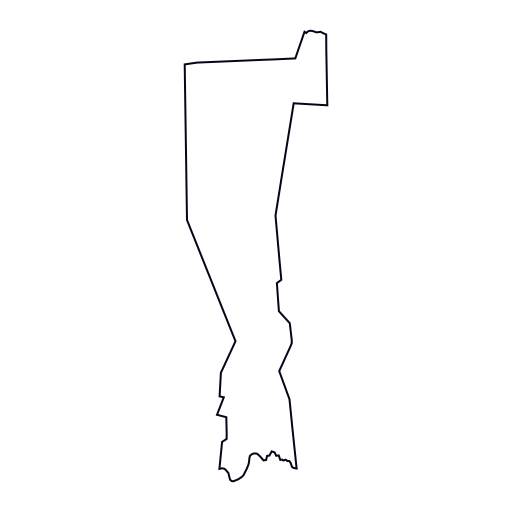 the district of Jurema, Piauí, Brazil
{"feature_id": "56859067B6948842006318", "entity_name": "Jurema", "entity_type": "district", "adm_level": 2, "iso_a3": "BRA", "parent_name": "Brazil", "parent_adm1": "Piauí", "projection": "natural_earth1", "projection_center": [-43.132, -9.058], "detail": "fine", "context": "isolated", "style": "outline", "palette": "ink", "viewbox_px": 512, "rotation_deg": 0, "n_neighbors": 0, "source": "geoboundaries", "source_scale": "gbopen_adm2", "svg_char_len": 1249}
<svg xmlns="http://www.w3.org/2000/svg" viewBox="0 0 512 512"><path d="M281.3,279.8L279.4,259.4L278.6,250.4L275.5,215.6L282.0,175.1L293.7,103.3L327.3,105.3L326.3,50.1L326.2,34.5L324.4,33.7L322.9,33.1L320.6,31.8L318.1,32.2L316.1,32.3L314.2,31.5L312.3,31.0L310.2,30.7L307.8,31.5L306.2,33.0L304.5,31.8L295.3,58.4L274.4,59.4L260.9,59.9L196.9,62.6L184.7,64.4L187.0,220.0L207.9,272.3L214.8,289.5L216.3,293.3L226.1,317.8L230.5,328.8L235.5,341.2L222.0,370.4L220.9,372.7L219.6,396.4L223.8,397.3L217.0,414.8L226.3,417.2L226.7,434.4L226.6,439.0L222.1,441.9L219.4,468.9L221.8,468.3L223.9,468.6L225.5,469.6L228.5,473.2L229.2,476.5L230.1,479.7L231.6,481.0L233.3,481.3L238.4,479.2L242.1,476.7L243.5,475.2L246.9,468.5L248.3,465.0L248.9,462.8L249.5,457.6L250.0,455.7L252.2,454.0L254.5,453.4L257.1,453.7L260.1,456.4L263.5,460.4L266.1,460.0L267.1,455.9L269.4,455.6L271.7,451.4L274.6,452.4L276.2,455.8L278.7,455.4L280.3,459.9L282.0,459.6L283.3,460.5L285.6,459.7L287.6,461.1L289.3,461.0L290.8,463.2L291.3,464.9L292.0,466.9L293.7,468.0L296.6,468.5L292.2,426.3L289.5,399.3L280.3,374.1L279.2,371.1L290.7,345.9L291.8,343.0L291.7,339.8L289.8,323.3L288.5,321.8L283.6,316.4L278.9,311.2L277.6,293.3L276.9,283.1L281.3,279.8Z" fill="none" stroke="#020617" stroke-width="2"/></svg>